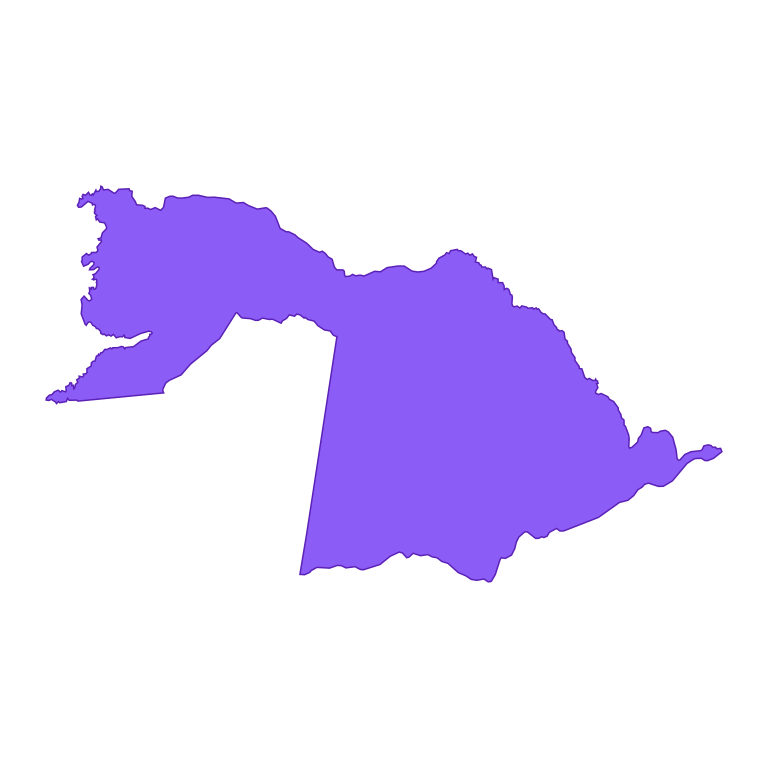 the district of Barreiras, Bahia, Brazil
{"feature_id": "56859067B47709094289082", "entity_name": "Barreiras", "entity_type": "district", "adm_level": 2, "iso_a3": "BRA", "parent_name": "Brazil", "parent_adm1": "Bahia", "projection": "equal_earth", "projection_center": [-45.677, -12.014], "detail": "fine", "context": "isolated", "style": "filled", "palette": "violet", "viewbox_px": 768, "rotation_deg": 0, "n_neighbors": 0, "source": "geoboundaries", "source_scale": "gbopen_adm2", "svg_char_len": 5978}
<svg xmlns="http://www.w3.org/2000/svg" viewBox="0 0 768 768"><path d="M165.4,198.1L163.5,207.4L160.6,210.3L155.2,207.6L150.5,209.5L147.9,208.2L144.9,208.3L145.0,206.5L142.6,205.3L136.6,204.8L135.3,201.5L131.8,196.4L132.2,191.3L129.7,190.6L129.1,188.8L118.7,189.3L115.4,193.0L113.9,193.1L108.2,189.4L103.5,189.9L102.1,186.8L100.9,186.2L100.6,188.7L98.9,191.2L96.3,191.5L95.9,190.1L93.2,195.0L92.3,193.9L91.3,195.3L90.0,195.0L88.5,192.3L85.6,195.2L83.1,194.4L82.1,196.2L82.9,198.5L81.8,199.1L79.6,198.4L79.1,202.0L77.4,205.3L78.6,207.3L81.4,207.0L88.0,201.4L92.2,203.3L92.5,205.0L93.8,204.3L95.0,204.8L95.5,206.5L94.6,209.8L95.3,210.9L94.4,211.9L94.6,213.4L96.9,215.3L95.5,216.6L96.3,219.9L97.6,218.9L99.7,222.0L104.6,222.9L106.7,227.3L106.1,229.1L102.4,232.9L101.0,238.0L98.1,238.7L98.9,240.2L101.3,240.1L101.4,241.6L97.0,247.1L97.8,250.1L97.4,251.3L96.1,252.4L91.5,252.5L91.1,253.8L88.6,255.2L86.5,253.5L82.1,257.1L82.2,260.0L81.5,261.5L83.6,266.2L88.1,264.3L90.6,261.6L92.7,261.4L94.0,262.7L93.8,264.6L90.1,268.2L89.5,269.8L93.6,269.6L97.4,267.0L99.0,267.4L99.1,269.3L95.6,273.6L92.9,274.7L93.7,275.6L93.9,278.3L92.4,279.2L93.6,279.9L96.2,279.2L96.9,280.5L96.3,282.7L97.0,284.1L96.0,288.1L94.8,289.3L93.7,289.1L93.6,287.4L91.3,287.4L91.4,289.1L89.4,287.9L89.7,291.6L88.8,293.3L90.7,295.4L91.7,299.2L89.5,301.0L88.1,300.5L84.1,296.1L81.1,299.5L82.1,305.2L81.2,313.8L85.1,324.2L86.2,325.3L87.9,322.7L89.5,321.8L90.9,322.3L92.7,325.2L95.3,326.6L96.5,328.6L98.0,328.6L100.6,331.3L100.8,333.3L102.9,334.6L104.2,334.1L106.5,335.9L108.5,334.8L111.1,336.1L113.5,334.4L116.2,337.8L120.1,336.6L122.3,336.9L124.1,335.1L124.9,337.5L130.2,338.4L140.6,333.5L148.7,331.2L151.4,331.8L152.2,333.0L151.3,334.2L149.7,334.3L149.8,335.9L148.5,337.5L148.4,338.9L140.9,341.1L133.7,346.6L125.4,347.6L124.8,348.8L123.0,346.7L121.0,346.5L118.3,347.6L112.5,347.8L111.9,348.9L110.3,347.9L107.1,349.5L105.0,349.3L102.2,352.7L100.9,352.6L99.5,354.9L98.5,354.2L97.8,355.8L96.5,356.0L95.0,361.0L93.0,361.3L91.3,363.0L91.2,366.1L86.9,368.7L87.0,372.4L86.0,373.7L83.2,374.1L83.6,375.6L82.9,377.0L79.1,376.2L79.4,378.1L76.7,379.8L77.8,382.3L75.4,384.5L74.8,387.7L73.8,388.8L73.2,385.3L71.9,385.6L71.6,383.1L70.2,382.6L68.8,385.4L65.8,386.7L66.2,390.7L65.6,391.8L61.9,390.6L60.6,392.1L58.1,390.2L54.2,391.9L51.9,394.6L49.3,395.2L46.5,398.0L46.1,400.0L48.8,400.5L51.4,399.4L55.5,402.0L56.5,403.6L58.4,401.7L59.8,402.7L66.3,401.6L67.6,398.4L69.2,400.3L76.6,400.1L77.9,401.1L163.7,392.9L162.8,390.9L163.0,388.9L165.7,383.1L169.2,380.4L181.1,374.9L190.4,364.2L207.0,350.6L211.3,345.2L219.7,338.6L236.1,312.6L237.3,313.0L241.5,317.7L242.8,318.0L250.7,318.7L255.6,320.4L258.4,320.3L262.4,318.1L269.5,319.5L272.3,319.1L281.1,323.2L282.5,320.8L286.6,318.4L289.2,314.9L294.6,316.2L296.8,314.1L299.9,314.8L304.1,318.1L305.2,317.4L307.8,319.5L314.1,321.1L317.9,325.7L324.5,330.0L330.1,330.9L333.4,335.2L336.9,336.7L306.8,533.1L299.9,574.4L304.7,574.7L309.7,572.4L311.3,570.5L316.9,567.4L329.6,568.1L337.3,565.4L341.5,565.7L345.9,567.9L355.1,566.7L360.2,569.4L363.3,569.8L380.0,564.5L390.3,556.2L399.1,552.1L402.4,552.9L406.7,557.7L408.8,557.2L413.2,553.3L420.5,555.7L427.8,554.6L432.3,556.9L437.1,557.8L441.7,561.4L448.0,563.4L458.3,572.6L465.8,575.8L471.2,579.4L476.9,580.3L483.9,579.0L488.1,581.8L489.8,581.8L491.4,581.2L495.3,574.5L500.1,559.5L501.3,557.8L505.3,558.4L511.5,555.1L514.7,548.8L516.4,542.0L518.9,537.0L524.8,531.8L527.5,532.0L535.6,538.4L538.8,538.3L541.4,536.8L544.0,537.5L547.2,536.1L549.0,532.8L550.4,531.7L556.6,528.5L560.0,531.0L563.8,530.9L598.4,517.4L619.5,502.4L627.9,500.3L633.8,495.5L637.8,489.8L642.4,486.9L644.5,484.4L648.4,483.1L658.4,486.4L663.3,486.3L672.4,480.9L687.0,463.5L692.9,459.6L695.4,458.5L701.3,458.3L704.8,460.5L707.4,460.7L713.4,458.4L721.9,451.7L720.6,448.4L716.8,448.7L715.4,447.1L712.7,447.3L710.9,445.4L708.1,444.9L704.0,445.8L702.0,449.8L700.6,450.7L691.1,451.7L684.8,454.5L679.7,460.2L678.4,460.1L677.1,458.6L676.1,449.8L672.7,437.2L668.4,432.0L665.3,430.3L660.2,431.2L658.2,432.6L652.6,432.5L651.1,431.7L650.6,428.3L647.8,426.7L643.9,427.9L641.1,435.2L638.5,438.3L637.6,442.1L632.0,447.3L629.4,448.1L628.8,446.4L629.2,438.7L628.6,434.8L625.5,426.5L624.1,425.0L624.0,420.1L621.4,417.7L620.9,414.5L618.3,410.1L618.3,408.0L613.6,401.5L609.4,399.3L607.8,396.7L601.1,393.5L598.5,394.5L595.7,393.2L595.7,391.2L597.9,387.7L596.5,383.6L598.0,383.4L597.5,381.0L596.2,380.7L595.7,379.2L595.1,380.3L592.8,380.5L589.3,378.4L587.2,379.5L584.7,377.4L581.9,368.9L579.3,368.4L579.1,366.3L574.9,360.4L575.0,357.7L571.5,352.6L570.9,348.8L567.4,343.2L567.4,341.1L565.0,339.1L564.1,332.3L562.0,330.6L559.3,331.2L558.7,330.0L557.2,329.6L556.5,327.4L554.1,325.0L552.1,319.7L550.5,319.5L545.1,313.9L543.2,313.8L541.0,312.4L538.6,308.8L537.2,309.3L536.2,307.9L533.6,309.1L532.5,307.7L527.9,308.3L526.9,307.2L521.8,305.9L519.9,308.0L517.2,306.1L514.0,306.8L512.5,305.7L511.9,303.6L512.4,297.1L511.8,295.0L510.5,294.6L508.7,289.3L506.6,288.3L504.3,289.6L504.1,286.0L502.6,282.7L498.1,282.5L498.1,279.1L493.9,277.7L493.1,279.2L491.5,269.6L488.0,268.1L487.0,269.0L485.5,267.0L481.7,267.0L481.2,265.2L479.8,264.8L478.9,262.9L475.4,261.9L476.5,257.3L474.3,256.5L472.4,253.9L469.8,255.2L467.9,253.2L465.4,254.0L460.9,250.7L458.4,250.8L457.3,249.4L450.6,250.7L449.0,253.5L446.5,252.7L444.8,255.0L438.9,258.2L436.5,261.7L436.5,263.2L431.1,268.2L423.9,271.3L417.7,272.0L412.0,271.1L404.3,266.1L398.0,266.0L387.1,267.6L380.4,271.8L374.6,271.3L364.1,276.0L360.1,275.1L355.7,275.8L352.5,274.4L349.7,276.2L345.4,276.5L344.7,275.4L344.2,271.1L342.9,269.9L336.7,269.9L334.3,266.9L332.1,259.2L328.1,256.9L325.3,253.4L322.2,251.2L319.6,252.3L313.2,249.5L306.7,243.2L297.6,237.4L295.2,235.0L289.0,231.9L286.0,231.7L280.1,228.4L275.4,216.3L271.0,211.0L267.3,208.2L266.0,207.7L257.3,209.1L248.3,205.5L243.4,202.5L236.1,203.1L229.1,198.9L214.3,197.2L207.6,197.4L198.5,195.3L192.5,195.3L188.9,197.2L182.0,198.1L177.6,198.0L173.1,196.2L169.7,196.3L165.4,198.1Z" fill="#8b5cf6" stroke="#5b21b6" stroke-width="1.5"/></svg>